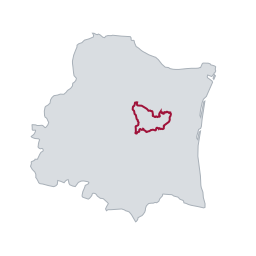 Lacs on a map of Ivory Coast (orthographic projection), rotated 284°
{"feature_id": "CIV-3461", "entity_name": "Lacs", "entity_type": "Department", "adm_level": 1, "iso_a3": "CIV", "parent_name": "Ivory Coast", "parent_adm1": "", "projection": "orthographic", "projection_center": [-5.076, 6.892], "detail": "fine", "context": "in_parent", "style": "outline", "palette": "rose", "viewbox_px": 256, "rotation_deg": 284, "n_neighbors": 0, "source": "natural_earth", "source_scale": "10m", "svg_char_len": 6793}
<svg xmlns="http://www.w3.org/2000/svg" viewBox="0 0 256 256"><g transform="rotate(284 128 128)"><path d="M57.6,50.5L58.4,50.4L60.7,49.8L62.7,48.3L64.6,45.2L67.2,42.7L70.1,42.9L70.9,42.5L71.9,42.4L73.1,44.0L74.3,45.3L75.2,45.3L75.8,47.7L81.0,48.7L83.3,49.4L85.1,51.1L85.8,51.2L86.6,50.8L87.2,50.2L87.4,49.5L86.6,48.0L86.9,46.6L87.8,45.3L89.1,45.2L91.2,44.9L93.5,44.9L95.2,45.1L95.9,43.9L95.3,40.3L95.5,38.4L95.8,36.8L96.4,36.1L99.0,38.2L101.4,38.9L103.1,39.0L103.5,38.6L102.8,36.3L103.0,35.7L103.7,35.3L104.8,35.1L107.8,34.1L108.1,34.3L108.7,37.9L108.4,39.0L109.0,41.4L109.8,43.7L109.8,44.6L109.1,46.0L108.3,47.2L108.4,47.8L109.6,48.6L111.9,49.5L114.3,49.7L115.7,48.4L117.1,47.4L118.0,46.4L118.4,45.0L119.9,44.0L124.2,42.7L128.2,42.5L129.2,43.0L131.0,44.9L133.3,46.3L136.7,46.1L139.3,46.9L141.5,48.4L142.9,51.7L144.5,54.1L145.2,57.6L147.8,59.4L149.8,60.2L152.5,62.7L155.2,63.9L158.1,63.6L159.5,64.9L161.6,65.9L163.8,65.9L165.7,63.0L168.2,61.9L174.5,59.6L177.0,58.6L179.5,57.9L185.6,57.7L191.2,58.4L194.1,58.9L196.0,58.5L197.8,59.8L199.7,62.7L201.3,63.6L202.8,64.6L204.0,66.8L205.4,69.1L206.2,70.1L207.9,72.3L209.3,72.3L210.8,71.3L211.4,70.6L211.7,72.1L211.1,74.4L211.2,75.9L212.0,76.5L211.6,78.4L210.0,81.6L210.0,83.5L211.6,84.1L212.8,86.1L213.6,89.5L214.3,90.7L214.4,91.4L215.6,99.7L217.2,108.1L216.2,109.2L214.9,109.5L214.1,109.9L213.8,110.7L214.4,111.8L214.1,112.9L212.4,113.6L208.9,116.3L208.7,117.4L207.8,119.6L207.0,121.0L205.9,123.6L204.1,130.4L203.4,136.0L203.3,137.8L202.6,139.0L201.8,140.7L198.0,145.6L196.0,149.5L196.3,151.2L196.4,153.0L195.8,154.2L195.9,157.5L196.4,160.3L197.1,163.1L199.9,170.8L201.4,175.5L202.3,179.3L203.1,181.8L203.9,182.9L204.2,183.8L208.3,184.5L209.1,185.1L210.3,190.0L210.1,192.2L209.3,193.1L209.3,195.0L209.1,197.3L208.5,198.3L206.2,198.4L204.6,199.3L202.6,198.9L202.4,198.4L201.2,198.2L198.2,196.8L198.7,192.5L197.2,192.4L196.1,192.9L194.0,198.1L192.9,199.0L177.6,196.4L174.2,194.2L170.2,193.8L163.3,194.0L157.5,194.7L155.9,196.0L170.4,195.2L171.9,195.3L172.7,196.1L154.3,197.8L147.3,198.8L145.3,198.6L143.7,196.9L136.1,196.7L134.5,197.3L133.6,198.5L136.6,198.2L141.3,198.1L142.6,199.1L127.8,200.3L117.5,202.6L113.2,204.3L98.9,209.9L90.2,212.5L87.9,213.5L83.9,216.2L78.8,217.9L73.1,221.1L69.6,221.9L68.8,220.8L68.7,215.3L68.3,208.0L68.4,205.2L68.9,202.5L68.9,200.4L70.7,199.5L71.1,198.6L71.4,195.8L73.0,193.2L73.1,188.7L73.6,187.7L73.9,186.5L73.3,183.6L72.4,177.9L71.9,177.6L71.6,177.8L70.6,177.9L67.1,176.0L64.3,175.6L62.4,173.9L62.3,172.1L61.3,171.0L60.7,168.8L59.7,166.3L57.0,164.7L54.4,164.4L52.6,164.7L50.5,164.6L48.1,163.7L46.4,162.8L44.8,160.9L43.3,159.4L42.1,159.6L40.7,159.3L39.3,158.6L38.8,158.1L44.8,152.3L46.8,149.5L47.1,147.7L47.1,146.0L47.7,144.2L47.9,141.4L44.7,131.5L43.9,128.4L43.0,127.5L42.5,127.1L44.1,125.8L46.4,126.2L49.9,127.2L50.7,126.2L53.4,121.2L53.3,119.4L53.1,118.1L54.6,114.6L55.9,113.3L56.5,111.9L56.3,109.9L55.4,109.2L54.2,109.3L52.7,108.8L50.5,107.7L49.4,106.7L49.8,102.1L50.0,100.7L50.8,99.9L52.0,99.7L55.5,99.6L58.3,100.1L60.7,100.4L62.0,100.4L63.1,101.8L64.5,103.2L65.7,103.2L66.2,102.1L65.9,97.7L65.1,95.3L63.2,93.0L58.4,91.0L58.3,88.3L58.8,85.3L59.9,84.2L63.5,82.4L62.9,81.4L61.7,80.3L59.4,79.2L60.0,75.6L60.1,72.5L58.2,72.8L56.2,73.0L54.5,72.0L53.1,70.1L52.9,64.8L53.0,58.7L52.7,56.0L53.3,54.6L55.0,53.3L56.9,51.5L57.6,50.5ZM200.6,199.0L199.8,200.2L195.9,199.5L196.8,198.5L200.6,199.0Z" fill="#d9dde1" stroke="#a8b0b8" stroke-width="1"/><path d="M152.0,155.7L151.2,155.9L151.2,156.0L151.3,156.3L151.3,156.6L151.5,156.9L151.5,157.1L151.3,157.3L150.9,157.2L150.7,157.3L150.6,157.8L150.5,158.3L150.4,158.6L150.4,159.0L150.5,159.2L150.6,159.3L150.8,159.3L151.0,159.2L151.4,159.1L151.8,159.2L152.0,159.3L152.2,159.5L152.3,160.0L152.2,160.3L152.1,160.5L152.4,160.8L152.5,160.9L152.5,161.1L152.5,161.3L152.6,161.5L153.0,161.6L153.0,161.8L152.9,161.9L152.9,162.0L153.2,162.3L153.2,162.6L153.1,162.8L153.0,163.3L152.9,163.5L152.7,163.8L152.5,164.3L152.6,164.5L152.9,164.4L153.1,164.4L153.2,164.5L153.3,164.7L153.3,164.9L153.3,165.1L153.1,165.1L152.4,166.0L151.7,166.3L150.9,166.3L150.0,166.3L149.7,166.2L149.3,166.1L149.1,166.0L148.7,165.9L148.3,165.9L148.0,165.9L146.2,166.5L145.2,166.5L144.2,166.3L143.6,166.0L139.1,162.3L138.9,162.2L138.7,162.2L138.6,162.3L138.1,162.6L137.5,162.4L136.5,162.8L136.0,162.7L135.5,162.2L135.3,161.7L135.2,161.1L135.3,160.3L135.2,160.2L134.9,159.8L135.0,159.6L135.1,159.4L135.3,158.9L135.4,158.5L135.3,158.4L135.0,158.3L134.5,158.1L134.9,157.6L135.2,157.2L135.1,156.7L135.3,156.1L135.0,155.7L134.3,155.5L132.7,155.5L132.4,155.3L132.3,154.8L132.3,154.6L132.4,153.0L132.3,152.4L132.0,151.8L131.6,151.1L131.6,150.8L130.1,149.5L129.9,149.1L129.7,148.5L128.9,147.5L128.6,147.0L128.7,146.5L129.3,146.0L129.5,145.5L129.5,145.0L129.8,144.2L129.9,143.9L130.1,143.6L130.4,143.5L130.7,143.3L130.8,143.2L130.9,142.8L130.3,142.7L130.2,142.6L129.9,142.4L129.6,142.1L129.5,141.8L129.5,141.5L129.6,141.4L129.7,141.0L130.0,140.1L129.9,139.9L129.0,139.5L128.8,139.4L128.6,139.4L128.4,139.5L128.2,139.5L127.9,139.7L127.7,139.8L127.4,139.7L127.2,139.7L126.9,139.5L126.8,139.3L126.7,139.0L126.7,138.8L126.6,138.6L126.3,138.4L125.8,138.0L125.6,137.9L125.4,137.9L125.2,137.9L124.9,137.8L124.8,137.7L124.6,137.3L124.6,137.2L124.8,137.0L124.9,136.9L125.0,136.8L124.9,136.6L125.0,136.4L125.9,136.5L126.3,136.5L129.7,135.6L130.9,135.1L131.1,135.1L131.3,135.1L131.6,135.2L131.8,135.3L131.9,135.5L132.5,136.4L133.0,136.9L133.2,137.1L133.4,137.2L133.6,137.2L133.8,137.2L134.1,137.2L135.0,136.9L135.7,137.0L135.9,137.0L136.2,136.8L136.7,136.1L136.9,135.9L137.3,135.7L137.5,135.7L137.9,135.7L138.1,135.5L138.4,134.8L138.9,134.2L142.2,132.6L142.5,132.3L142.7,132.1L142.7,131.9L142.9,131.6L143.0,131.4L143.2,131.2L143.3,131.0L143.5,130.9L143.9,130.7L145.6,130.0L145.9,129.8L146.2,129.6L146.6,128.8L147.1,128.1L147.5,128.0L147.9,127.9L149.6,127.7L149.9,127.8L150.1,127.8L150.5,128.1L151.0,128.6L151.9,128.8L154.3,128.7L155.0,130.1L155.1,130.3L155.1,130.7L154.0,130.7L153.3,130.9L152.9,131.1L152.4,131.4L152.3,131.7L152.2,132.0L152.9,135.7L152.9,136.0L151.4,140.9L151.2,141.4L151.1,141.7L150.2,143.1L149.8,143.5L149.7,143.6L149.7,143.8L149.7,144.0L150.0,144.6L150.3,145.3L150.2,145.5L150.0,146.2L150.0,146.4L150.0,146.6L150.2,147.0L150.1,147.4L150.0,147.5L149.9,147.7L149.7,147.8L147.0,149.0L146.8,149.0L146.6,149.0L146.4,148.9L145.7,149.2L145.7,149.4L145.7,149.5L145.6,150.2L145.2,151.4L145.3,151.8L145.5,151.9L145.7,152.1L146.0,152.3L146.1,152.5L146.0,152.8L145.9,153.1L145.8,153.5L145.7,153.8L145.8,154.0L146.2,154.4L146.4,154.5L146.5,154.6L146.7,154.8L146.7,155.0L146.5,155.5L146.8,155.9L147.0,156.0L147.3,156.0L147.4,155.9L147.4,155.6L147.5,155.5L147.6,155.4L148.1,155.4L148.4,155.3L148.6,155.1L148.9,155.0L149.0,154.9L149.6,155.0L149.8,155.0L150.0,155.0L152.0,155.7Z" fill="none" stroke="#9f1239" stroke-width="2"/></g></svg>